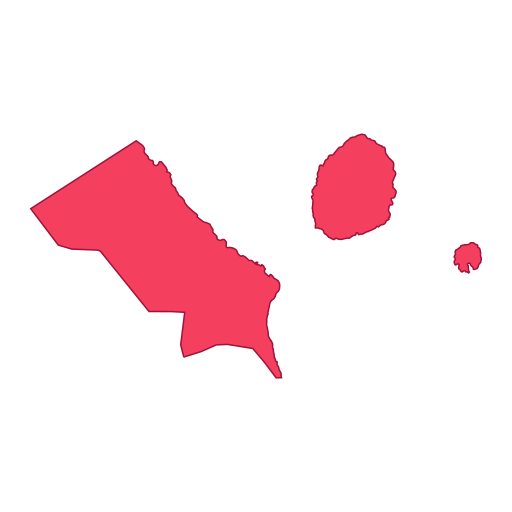 Sumkar District, Madang, Papua New Guinea (Mercator projection)
{"feature_id": "67681753B60776000026411", "entity_name": "Sumkar District", "entity_type": "district", "adm_level": 2, "iso_a3": "PNG", "parent_name": "Papua New Guinea", "parent_adm1": "Madang", "projection": "mercator", "projection_center": [145.886, -4.793], "detail": "fine", "context": "isolated", "style": "filled", "palette": "rose", "viewbox_px": 512, "rotation_deg": 0, "n_neighbors": 0, "source": "geoboundaries", "source_scale": "gbopen_adm2", "svg_char_len": 6130}
<svg xmlns="http://www.w3.org/2000/svg" viewBox="0 0 512 512"><path d="M30.7,208.7L58.3,245.1L71.8,249.1L97.7,250.1L100.4,251.2L149.0,311.5L171.7,311.6L184.7,312.3L180.7,344.8L183.7,356.7L184.3,356.9L201.4,351.5L216.2,344.9L227.3,344.4L252.8,348.5L264.2,362.0L276.1,377.8L281.5,377.7L281.2,376.3L281.0,373.1L279.1,369.5L278.8,367.9L278.3,366.6L277.3,365.2L277.0,364.4L277.2,362.0L276.8,361.5L276.1,361.5L275.7,361.0L275.0,358.4L274.5,357.6L274.2,356.6L274.1,354.2L273.8,353.7L273.2,348.8L272.9,348.6L272.6,347.4L272.6,343.8L271.8,342.0L271.2,341.4L271.1,340.6L270.0,339.3L268.6,336.7L268.2,334.8L268.2,333.0L267.5,328.8L266.6,325.0L266.8,319.9L266.6,319.1L267.6,315.0L268.1,314.0L267.8,313.2L269.9,303.3L270.9,301.2L272.1,300.0L273.5,299.0L274.5,297.8L275.5,295.9L275.7,294.7L276.2,293.4L278.7,290.7L279.2,289.5L279.6,288.0L279.7,285.0L279.5,283.6L278.5,281.3L277.9,280.6L276.6,279.7L274.3,278.4L273.6,277.8L272.8,276.4L271.3,274.8L270.4,274.5L269.9,275.0L269.2,276.5L267.4,275.3L266.4,274.1L265.0,273.1L264.5,271.7L264.4,270.4L265.3,269.2L265.3,268.8L264.3,267.8L263.7,266.1L262.5,265.0L261.7,264.8L261.5,265.1L261.5,265.6L260.9,266.0L259.8,265.2L258.8,264.9L257.3,264.7L255.8,264.1L254.0,262.6L252.4,260.9L251.0,260.4L248.9,260.4L245.7,257.2L243.0,255.7L242.4,255.7L241.7,256.2L241.1,256.2L239.7,255.5L237.8,253.6L237.1,251.4L236.3,250.1L234.7,248.9L233.2,248.1L230.3,247.5L228.8,247.5L227.9,247.7L226.8,247.5L226.2,246.6L226.3,242.2L225.8,241.2L224.1,239.5L222.5,239.5L220.9,240.3L220.0,240.3L219.0,240.1L217.8,239.5L216.9,238.5L217.0,236.7L216.8,236.2L214.7,234.1L213.7,233.4L213.0,232.5L212.7,230.3L213.0,229.6L212.6,228.9L211.1,226.8L210.0,224.4L209.0,223.6L208.2,223.5L206.5,222.7L204.2,222.1L203.2,221.6L197.1,217.0L197.5,215.5L197.0,214.5L196.3,213.9L194.2,212.4L187.6,206.5L185.1,203.3L184.5,202.0L184.4,201.0L183.8,199.8L182.1,197.8L178.7,195.1L177.8,193.0L176.5,191.2L175.8,189.8L175.6,188.4L175.1,187.5L174.4,187.3L171.8,184.4L171.2,182.8L171.8,181.5L171.7,180.6L170.2,176.7L170.2,176.1L170.9,174.9L170.7,174.5L170.1,173.5L169.1,172.4L166.7,171.8L167.1,170.7L167.1,169.9L166.8,169.1L165.5,166.7L163.6,164.6L162.4,162.9L161.3,161.8L159.6,161.7L159.1,162.2L158.5,163.8L157.6,164.9L156.8,165.4L155.8,165.6L154.6,165.2L153.4,164.2L153.3,161.7L152.9,160.9L152.4,160.4L151.0,160.4L148.8,159.0L148.1,158.2L148.3,157.2L148.0,156.6L144.5,152.8L144.1,151.9L144.1,150.5L144.6,149.0L144.3,148.2L143.3,146.4L141.9,145.0L136.2,140.8L30.7,208.7ZM386.3,154.3L385.8,153.3L385.4,151.7L385.0,148.1L384.3,147.3L382.8,147.1L382.3,146.6L382.0,146.1L380.5,145.6L377.1,144.0L375.8,142.9L375.2,141.5L374.5,140.8L373.6,140.5L372.2,140.3L371.2,139.9L369.9,138.8L367.8,138.6L367.0,137.8L365.3,135.1L364.1,134.6L363.1,134.6L362.1,134.2L361.3,134.3L359.2,135.1L358.4,135.1L357.4,135.5L354.7,137.1L353.0,137.1L351.2,137.6L350.2,138.1L348.4,140.0L347.0,140.9L345.1,142.6L344.2,143.6L343.2,145.7L342.0,146.7L341.0,147.1L339.1,147.4L334.1,153.4L333.7,154.3L332.7,155.1L330.6,155.1L329.6,155.3L328.6,156.2L328.2,157.0L328.1,158.0L327.7,158.7L326.8,159.5L326.1,159.7L325.0,161.0L324.4,163.1L323.7,164.0L323.1,165.8L321.2,165.1L320.5,165.1L319.9,165.4L319.2,166.7L319.1,168.8L318.6,170.9L317.9,172.2L317.4,173.7L317.4,175.1L318.0,176.6L317.6,177.3L316.5,178.9L316.6,180.1L317.5,181.0L317.4,181.5L316.4,182.4L316.3,183.0L316.6,185.2L315.1,186.0L314.4,186.8L313.1,189.1L312.3,190.0L312.1,191.3L312.2,192.7L313.0,193.6L313.2,194.3L313.1,195.2L312.4,196.0L311.8,196.1L311.6,196.5L311.6,197.3L311.9,198.2L312.8,199.7L313.0,200.9L313.0,201.9L312.8,202.8L312.8,204.6L312.2,208.4L312.6,209.1L312.7,212.4L313.2,213.0L313.4,213.6L313.0,214.4L313.2,215.9L313.5,217.3L314.8,218.7L314.8,220.2L315.6,223.2L315.6,224.5L315.4,225.4L315.3,227.6L315.5,228.0L318.1,227.9L319.2,228.6L320.5,228.7L322.5,229.7L323.2,230.5L324.4,233.5L326.4,234.6L327.8,236.0L327.9,236.4L328.7,237.2L330.0,237.7L331.0,238.4L333.5,239.5L334.4,239.5L335.6,238.3L336.4,238.3L337.6,238.9L339.6,239.4L341.4,239.4L347.5,238.0L348.6,238.2L349.4,238.2L351.2,236.8L353.0,235.7L354.5,235.2L355.2,235.2L355.7,234.8L356.1,234.0L356.1,233.4L356.4,232.7L357.2,232.7L357.9,233.2L358.1,234.0L358.8,234.7L360.8,234.1L362.8,234.0L363.7,233.3L365.7,232.5L366.3,231.9L368.5,231.5L369.4,230.8L370.8,230.4L375.3,228.2L376.1,227.4L376.7,226.4L377.5,226.4L378.2,226.9L378.5,226.9L380.1,225.5L381.4,224.7L382.8,224.6L384.4,223.9L385.6,222.5L386.1,221.0L388.4,219.7L389.0,219.1L388.4,218.2L388.8,217.5L389.3,217.5L389.8,217.0L389.9,215.5L390.2,215.1L390.2,213.8L389.6,212.8L389.1,212.2L388.6,211.1L388.6,209.4L389.2,205.9L389.6,205.4L390.4,205.0L392.0,204.9L392.7,204.2L392.8,203.1L392.1,201.4L391.1,199.8L391.1,198.9L391.6,198.3L392.2,198.0L393.3,198.0L393.9,197.8L394.8,196.8L396.1,192.6L396.1,191.2L395.8,190.5L392.9,187.4L392.8,185.4L393.1,184.7L393.1,184.2L392.5,183.2L392.5,181.6L393.8,178.9L394.0,177.9L395.3,175.4L395.7,174.1L395.7,173.0L395.0,171.5L393.3,169.9L393.3,168.3L393.7,165.7L393.7,163.8L393.4,162.8L392.9,161.7L389.5,158.4L388.8,157.9L387.2,155.3L386.3,154.3ZM480.5,262.6L480.8,262.1L480.9,260.7L481.3,259.4L481.3,258.1L480.6,256.3L480.5,254.8L480.6,252.6L479.9,249.2L479.5,248.4L478.8,247.7L478.1,247.4L477.6,246.9L477.6,245.1L476.8,244.6L475.5,244.3L473.7,242.9L472.4,242.7L470.7,242.7L469.4,244.0L468.7,244.4L466.9,244.7L464.6,244.7L463.3,245.2L462.5,245.2L461.2,245.6L460.8,246.0L460.4,246.9L459.3,247.9L457.7,249.1L455.7,250.2L455.1,251.8L455.5,254.3L454.2,256.5L454.3,257.3L454.9,257.9L455.4,258.9L454.2,261.7L454.2,262.6L454.9,264.5L455.5,265.0L456.1,264.9L457.1,264.1L458.2,263.9L458.9,264.2L459.2,264.6L459.2,265.0L458.9,265.5L458.9,266.9L458.6,267.6L458.6,268.3L459.0,269.0L460.3,270.1L460.9,271.3L461.6,271.9L462.2,271.9L463.9,270.8L464.5,270.8L465.0,271.0L465.8,271.8L467.2,272.0L468.6,272.9L469.3,272.3L469.3,271.8L468.6,270.6L468.2,265.9L467.4,264.7L467.5,263.6L469.5,263.1L469.9,263.2L470.4,264.0L470.5,265.0L472.7,267.2L473.2,268.1L473.4,269.3L474.1,269.5L477.0,268.6L477.4,268.2L478.1,266.9L478.6,265.0L479.1,264.1L480.5,262.6ZM257.3,263.2L257.7,262.8L257.6,262.3L256.3,262.2L255.9,262.4L255.9,262.8L256.3,263.2L257.3,263.2Z" fill="#f43f5e" stroke="#9f1239" stroke-width="1.5"/></svg>